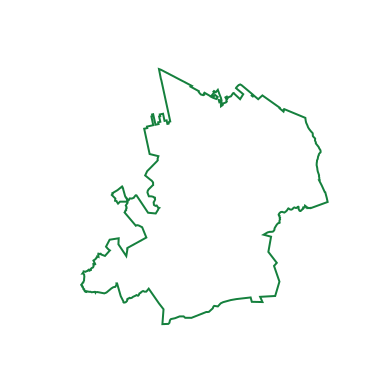 the district of Nombre de Dios, Durango, Mexico, rotated 251°
{"feature_id": "50627088B91815790044654", "entity_name": "Nombre de Dios", "entity_type": "district", "adm_level": 2, "iso_a3": "MEX", "parent_name": "Mexico", "parent_adm1": "Durango", "projection": "albers", "projection_center": [-104.207, 23.841], "detail": "fine", "context": "isolated", "style": "outline", "palette": "green", "viewbox_px": 384, "rotation_deg": 251, "n_neighbors": 0, "source": "geoboundaries", "source_scale": "gbopen_adm2", "svg_char_len": 5950}
<svg xmlns="http://www.w3.org/2000/svg" viewBox="0 0 384 384"><g transform="rotate(251 192 192)"><path d="M319.0,200.8L309.1,199.4L307.7,199.4L265.8,194.4L265.9,193.3L264.2,192.1L264.4,190.9L268.0,191.3L268.2,189.2L275.4,190.1L275.8,186.8L274.0,186.6L274.1,185.5L268.7,184.9L268.9,182.7L267.1,182.5L267.5,179.4L278.2,180.6L278.3,179.5L276.5,179.3L276.6,178.2L267.8,177.1L268.5,170.7L267.0,170.5L267.4,167.4L241.7,164.3L236.8,171.9L234.5,170.2L233.2,170.0L232.6,169.1L226.3,156.4L222.9,153.1L217.4,156.5L215.8,157.6L213.7,158.3L211.2,157.5L211.1,157.0L208.6,151.8L207.5,150.5L206.0,149.7L202.0,149.8L201.0,152.4L199.8,154.1L199.2,154.2L198.7,155.1L196.8,154.6L195.1,152.9L194.8,152.4L192.2,151.8L190.8,152.9L190.7,154.2L188.4,154.9L187.6,155.8L187.2,154.7L186.5,154.4L183.5,150.7L186.7,143.7L206.9,138.4L207.2,137.6L205.9,135.5L205.5,135.1L205.4,132.9L206.2,131.1L205.0,129.7L204.7,128.9L204.8,128.6L205.5,128.3L205.7,128.0L206.2,128.1L206.3,128.6L208.0,128.0L207.8,127.8L208.5,127.6L209.7,127.4L218.1,127.9L218.6,127.9L218.7,127.6L218.9,127.6L218.8,127.9L219.7,127.8L219.7,127.4L219.9,127.4L218.0,122.2L216.8,116.3L216.1,116.5L215.3,115.2L210.8,117.4L208.8,116.4L208.0,117.7L207.2,117.7L205.1,118.3L206.3,120.8L203.8,127.9L202.8,127.6L200.8,125.0L199.1,125.2L198.5,124.8L198.2,124.9L198.1,124.6L196.7,123.9L196.5,123.6L196.2,123.7L196.0,123.4L195.9,123.0L195.6,122.5L195.0,122.2L194.6,121.6L178.4,127.9L178.6,128.6L178.5,129.3L177.7,130.7L174.9,133.4L163.8,134.0L160.1,112.6L159.2,112.1L158.9,112.3L152.8,109.0L166.5,105.4L172.1,107.6L173.7,98.6L168.3,92.9L165.8,93.9L163.8,95.0L163.5,95.3L159.9,88.9L162.2,86.1L163.3,85.6L163.1,85.1L163.4,84.7L164.2,83.4L163.8,83.1L161.2,82.5L161.5,82.2L161.4,81.9L161.6,81.6L161.4,81.6L161.4,81.0L161.2,80.9L161.2,80.5L160.5,79.9L160.5,79.5L159.9,78.8L159.3,76.5L155.3,77.0L155.2,76.6L155.2,76.3L156.2,75.6L156.2,75.3L156.0,75.2L155.0,75.4L154.4,74.8L153.6,74.6L152.9,73.8L152.7,72.2L152.3,71.5L151.9,71.4L151.6,71.0L151.2,70.9L151.3,70.6L150.9,69.5L151.1,69.2L152.0,69.6L152.2,69.3L152.1,68.8L151.4,67.3L151.5,66.3L151.2,65.4L152.2,63.7L151.8,63.5L151.6,63.3L150.6,61.9L150.5,62.3L149.6,63.0L148.8,63.1L147.9,62.8L147.1,62.7L145.0,61.7L143.4,61.1L142.3,59.9L141.9,59.8L141.8,59.1L141.4,58.9L140.3,57.0L140.1,57.0L139.6,57.2L139.3,57.5L139.1,57.3L138.2,57.4L138.2,57.7L137.9,57.9L137.1,57.9L135.5,57.7L135.3,57.8L135.1,58.4L133.8,58.2L133.2,58.5L132.9,58.4L132.2,58.9L131.9,59.5L132.6,59.8L131.1,62.3L130.7,63.6L129.9,64.4L129.2,67.6L128.6,67.8L129.0,68.0L128.2,69.5L128.2,70.0L124.7,76.1L124.8,78.4L127.1,84.4L127.6,86.6L127.3,88.6L129.0,90.5L130.2,90.8L130.0,91.4L116.8,90.7L110.9,91.5L110.3,91.4L110.2,91.3L109.7,91.5L109.4,92.4L109.4,93.5L110.1,95.0L111.0,95.7L111.7,95.8L112.0,96.5L111.8,97.3L112.1,97.8L112.3,98.4L111.6,99.4L111.6,100.8L112.1,102.1L112.3,104.5L112.6,106.0L111.6,107.0L111.5,107.4L112.2,108.5L113.1,109.1L113.3,109.4L113.3,110.4L114.0,111.6L114.2,112.9L114.3,113.5L113.2,114.7L112.7,116.4L114.7,119.6L97.4,124.5L90.4,126.9L76.7,121.0L75.0,126.7L75.7,128.1L77.6,129.2L78.3,129.9L78.7,130.8L78.2,134.8L78.4,139.8L77.1,143.6L75.3,144.6L73.2,150.5L73.9,166.5L73.4,167.7L73.2,169.0L75.2,173.7L76.6,174.9L77.1,175.9L75.4,179.2L77.4,182.9L77.7,185.6L77.2,193.4L76.3,199.1L73.2,213.1L68.7,212.8L65.0,222.8L70.7,222.3L66.6,236.8L78.8,245.5L95.4,245.5L97.4,249.1L110.5,244.7L124.0,252.2L128.3,245.8L129.2,250.3L129.0,252.8L128.7,253.3L128.2,255.5L128.7,256.7L129.4,257.6L130.7,258.2L131.3,258.8L133.6,261.6L134.3,263.0L134.5,263.7L134.3,264.6L134.4,264.9L135.2,264.9L135.7,265.2L136.0,265.2L136.9,265.7L137.5,266.4L138.8,266.4L139.1,266.9L141.1,266.6L141.3,266.9L141.7,266.6L142.3,266.5L142.6,266.7L143.6,268.0L144.1,269.3L144.1,269.9L143.8,270.9L142.9,272.0L142.5,272.7L142.9,274.1L143.6,275.7L145.1,277.6L145.1,277.9L144.1,278.6L143.5,279.1L143.0,280.1L143.1,281.4L143.8,282.5L144.1,283.5L144.0,283.9L143.2,284.7L142.9,285.6L143.0,286.1L143.5,287.0L143.5,287.5L143.4,287.8L143.1,287.9L141.4,287.3L140.8,287.3L139.3,287.6L139.1,288.0L138.8,288.1L138.7,288.4L138.9,288.7L138.9,289.1L139.2,289.5L139.2,289.8L139.9,290.9L139.9,291.3L140.2,291.3L140.6,291.7L141.0,292.0L140.6,292.4L140.6,292.6L141.2,292.9L141.5,294.0L142.3,294.4L141.8,294.8L141.2,295.0L140.3,294.9L140.2,295.2L140.2,295.5L139.5,295.6L139.6,296.1L139.0,296.4L139.0,297.1L138.7,297.4L138.5,298.3L138.2,298.5L138.2,298.9L138.3,299.3L138.1,299.5L138.4,317.0L142.7,317.5L148.4,317.9L148.7,317.5L156.0,316.8L161.5,316.0L161.0,317.2L161.6,316.6L162.3,316.4L164.1,317.0L165.8,317.2L166.4,317.6L170.5,317.6L172.6,317.9L173.7,318.2L176.9,318.6L179.3,319.6L179.7,319.9L181.2,320.5L182.3,321.6L184.7,322.9L185.4,323.8L186.2,324.1L186.6,324.5L187.2,325.4L187.6,326.4L188.7,326.9L189.9,327.0L191.9,326.5L193.3,326.4L197.6,324.9L198.7,325.3L199.5,325.1L201.0,325.1L202.2,325.8L202.8,325.7L204.4,324.9L205.6,324.5L208.1,325.2L208.8,325.1L210.1,324.4L212.7,323.5L214.0,323.1L215.6,322.8L217.2,322.8L220.3,322.5L222.3,322.7L225.2,323.3L240.4,306.1L240.1,305.6L239.6,305.8L238.2,304.7L242.7,302.0L243.1,302.4L260.4,290.0L258.2,284.8L263.2,281.8L262.5,280.6L263.7,279.8L264.5,281.1L276.8,273.7L278.0,272.6L277.9,271.0L277.5,270.0L276.3,267.8L275.9,267.4L267.8,272.3L264.1,267.7L271.1,264.0L272.0,263.7L272.0,262.9L269.8,260.0L269.8,258.0L269.3,256.6L270.4,256.1L270.9,256.0L270.6,254.4L269.2,254.6L268.0,255.1L267.7,254.5L266.7,254.1L266.2,254.3L265.7,253.5L265.6,251.6L265.6,250.3L264.2,249.3L263.6,247.3L265.0,247.7L266.7,248.6L266.9,249.1L267.7,249.2L267.8,247.1L270.4,247.2L268.7,249.3L268.8,249.7L269.5,249.8L271.4,250.0L274.9,249.8L280.2,249.7L278.6,247.0L280.3,245.7L279.9,245.0L279.0,245.6L277.1,242.5L275.3,243.8L276.3,245.4L273.5,247.2L272.1,245.2L274.4,242.4L276.4,240.5L277.1,240.2L281.8,236.1L281.4,235.5L281.1,235.4L280.6,235.6L280.0,235.3L279.9,234.8L279.9,234.1L280.1,233.8L280.6,233.4L281.0,232.4L282.6,231.5L284.6,230.9L285.1,231.3L292.0,225.0L292.4,226.4L317.7,202.4L319.0,200.8Z" fill="none" stroke="#15803d" stroke-width="2"/></g></svg>